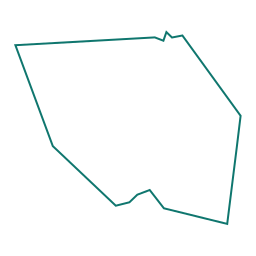 Edmonson, Kentucky, United States of America
{"feature_id": "52423323B80826277411583", "entity_name": "Edmonson", "entity_type": "district", "adm_level": 2, "iso_a3": "USA", "parent_name": "United States of America", "parent_adm1": "Kentucky", "projection": "natural_earth1", "projection_center": [-86.22, 37.197], "detail": "fine", "context": "isolated", "style": "outline", "palette": "teal", "viewbox_px": 256, "rotation_deg": 0, "n_neighbors": 0, "source": "geoboundaries", "source_scale": "gbopen_adm2", "svg_char_len": 321}
<svg xmlns="http://www.w3.org/2000/svg" viewBox="0 0 256 256"><path d="M15.4,45.2L52.8,146.1L115.8,205.7L129.4,202.3L137.3,194.7L149.7,190.0L163.9,208.3L206.1,218.7L227.2,223.9L236.7,147.9L240.6,115.8L182.4,35.5L172.0,37.5L166.4,32.1L163.4,40.7L154.8,37.4L15.4,45.2Z" fill="none" stroke="#0f766e" stroke-width="2"/></svg>